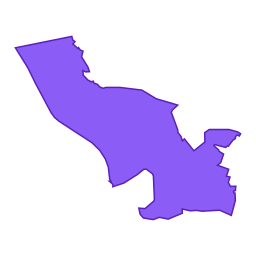 Rathfarnham-Templeogue Lea-7, South Dublin, Ireland
{"feature_id": "5873133B53236888047541", "entity_name": "Rathfarnham-Templeogue Lea-7", "entity_type": "district", "adm_level": 2, "iso_a3": "IRL", "parent_name": "Ireland", "parent_adm1": "South Dublin", "projection": "mercator", "projection_center": [-6.311, 53.305], "detail": "fine", "context": "isolated", "style": "filled", "palette": "violet", "viewbox_px": 256, "rotation_deg": 0, "n_neighbors": 0, "source": "geoboundaries", "source_scale": "gbopen_adm2", "svg_char_len": 1334}
<svg xmlns="http://www.w3.org/2000/svg" viewBox="0 0 256 256"><path d="M112.8,186.7L123.8,183.1L137.4,174.5L143.8,169.3L146.3,169.1L152.6,173.9L153.4,176.1L154.4,199.1L153.9,201.0L145.0,208.6L138.8,208.1L140.2,214.4L143.4,218.0L153.2,219.6L159.4,217.3L168.2,219.1L182.4,213.2L182.2,209.0L190.1,210.8L196.9,210.4L201.9,211.2L219.7,210.2L231.3,215.4L235.4,200.4L235.0,193.1L233.9,193.1L233.6,190.9L235.4,190.6L235.8,186.2L230.5,186.4L228.3,182.5L230.0,177.0L226.4,176.2L228.7,169.3L217.5,165.2L220.7,162.7L223.6,154.1L219.0,151.3L218.6,149.8L214.0,145.9L214.4,144.6L225.7,147.4L227.2,146.0L228.3,146.3L232.8,140.3L235.3,138.6L235.6,136.5L237.3,135.0L239.4,136.0L240.6,133.7L237.4,131.8L229.0,129.5L209.2,129.5L204.7,132.7L204.9,142.0L193.9,150.8L184.4,138.9L182.4,140.9L181.0,136.4L178.0,132.6L177.7,129.7L171.3,112.3L172.4,110.0L177.7,105.1L156.1,98.7L141.9,90.1L119.7,87.4L105.8,87.4L103.4,88.3L99.8,87.0L97.4,84.3L94.1,83.2L93.1,81.1L91.4,81.8L88.1,80.2L83.3,75.2L82.9,70.7L85.7,71.9L89.5,71.7L87.9,67.0L81.6,56.9L83.0,51.1L80.4,50.1L78.5,47.6L77.9,48.5L72.9,44.0L75.0,41.6L72.8,40.0L71.8,36.4L16.5,47.6L15.4,47.8L27.9,67.9L35.6,83.6L51.2,112.9L54.6,117.5L59.1,121.3L92.1,142.8L99.8,150.4L105.3,158.9L108.3,167.0L109.7,179.2L110.9,181.1L109.3,181.2L113.0,184.5L112.8,186.7Z" fill="#8b5cf6" stroke="#5b21b6" stroke-width="1.5"/></svg>